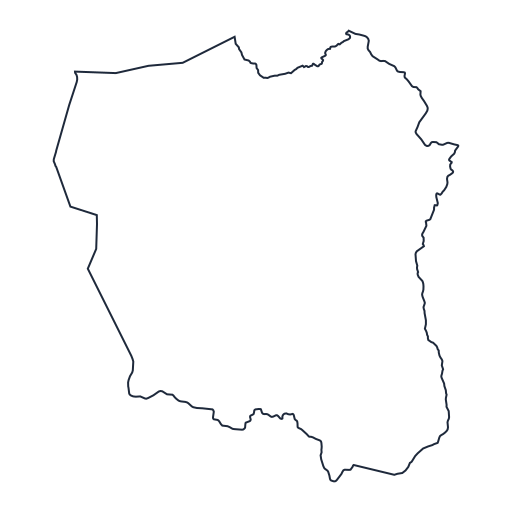 the district of Campamento, Olancho, Honduras
{"feature_id": "27666195B55126974743850", "entity_name": "Campamento", "entity_type": "district", "adm_level": 2, "iso_a3": "HND", "parent_name": "Honduras", "parent_adm1": "Olancho", "projection": "mercator", "projection_center": [-86.6, 14.484], "detail": "fine", "context": "isolated", "style": "outline", "palette": "slate", "viewbox_px": 512, "rotation_deg": 0, "n_neighbors": 0, "source": "geoboundaries", "source_scale": "gbopen_adm2", "svg_char_len": 5963}
<svg xmlns="http://www.w3.org/2000/svg" viewBox="0 0 512 512"><path d="M394.3,474.8L397.4,473.8L402.3,473.0L405.5,470.5L408.3,466.9L409.9,462.9L411.4,462.0L412.0,461.2L415.2,456.0L417.7,453.3L423.1,448.5L428.2,446.4L432.3,445.1L434.1,444.1L437.6,442.9L438.0,442.0L439.3,437.6L440.0,436.1L441.1,435.2L443.2,434.0L445.1,432.5L446.7,430.9L447.6,429.5L448.0,427.3L447.5,422.3L447.9,420.7L448.8,418.8L449.1,417.2L448.7,411.1L446.5,406.8L446.6,404.9L445.8,399.5L445.9,398.0L446.6,394.7L446.1,393.3L445.8,390.2L444.4,386.1L444.1,383.5L441.7,378.0L441.3,376.7L441.4,375.6L442.0,373.7L442.5,370.7L443.1,369.3L441.8,365.4L442.4,361.5L442.3,360.6L441.7,359.3L440.4,357.4L439.5,355.6L438.8,352.7L438.7,350.5L437.7,349.2L437.2,347.4L436.5,346.0L433.1,342.7L431.3,342.1L428.3,340.0L427.9,338.3L427.9,336.4L427.1,334.8L426.8,332.9L426.2,331.2L424.9,328.7L425.9,324.3L425.9,320.3L424.6,313.2L424.5,310.9L423.8,308.9L423.5,307.1L424.7,303.6L424.8,302.7L424.3,301.1L422.6,296.8L422.1,294.7L422.3,293.3L423.0,291.4L423.4,289.6L423.5,286.3L423.3,283.9L422.9,282.3L422.4,281.0L418.6,276.9L417.7,274.7L417.6,273.2L418.1,272.1L417.1,269.1L417.0,267.3L417.3,265.7L416.0,261.1L415.5,254.2L415.9,252.7L416.8,251.3L423.9,246.2L423.5,245.0L422.8,244.0L423.7,241.0L423.6,237.7L422.2,235.8L422.1,234.7L422.4,233.6L423.4,232.0L426.3,226.0L426.4,225.1L426.1,223.8L426.2,223.1L425.8,222.1L425.8,221.3L426.5,220.7L429.4,219.8L430.3,219.2L433.9,210.1L434.1,209.1L434.0,207.9L434.7,205.2L435.6,205.2L436.9,205.5L437.2,205.3L437.4,204.9L437.8,203.1L436.3,197.0L436.2,195.0L436.5,193.8L436.9,193.4L437.4,193.4L439.7,194.6L440.4,194.7L441.6,193.5L442.7,191.7L444.1,190.3L446.3,186.9L447.3,184.1L447.5,182.4L447.0,178.9L447.4,176.8L448.3,175.7L450.0,174.8L452.5,173.0L453.0,172.3L453.1,171.5L452.8,170.9L452.2,170.2L451.3,169.7L450.6,168.8L450.1,166.5L450.2,164.7L450.9,163.5L451.6,162.8L451.7,162.1L449.4,160.5L449.1,160.0L449.1,159.5L449.5,158.7L451.2,156.4L454.2,153.7L454.9,152.1L455.1,150.6L458.1,146.5L458.3,145.8L458.1,145.4L457.5,145.1L454.2,144.4L448.8,142.8L447.2,142.9L443.2,144.7L442.1,144.8L438.8,144.2L437.4,142.9L436.3,142.2L433.1,142.0L432.0,142.1L431.4,142.5L430.6,143.4L429.9,144.8L428.9,145.6L427.8,146.0L426.6,145.9L425.0,144.9L421.3,139.4L416.6,134.1L415.7,132.5L415.6,131.3L417.5,127.1L419.3,122.2L425.8,113.3L427.3,110.7L427.7,108.8L427.6,107.5L426.9,105.8L424.1,101.2L421.9,98.1L420.8,96.1L420.4,94.7L420.6,91.2L418.2,89.3L417.4,88.1L416.5,87.2L413.4,87.0L412.0,86.2L408.5,81.3L406.8,79.3L404.8,77.5L404.5,76.0L405.0,73.5L404.9,72.9L404.7,72.5L403.5,72.2L399.9,72.0L397.9,71.5L397.0,70.7L395.4,67.4L394.3,66.2L389.2,63.9L385.1,61.1L383.3,60.9L381.0,61.1L379.4,60.7L377.6,59.4L372.6,56.2L371.2,54.3L370.1,52.0L368.5,50.2L367.7,48.6L367.7,46.7L368.8,40.8L368.2,38.8L367.0,37.3L365.6,36.3L363.8,35.7L359.3,34.5L355.4,33.9L348.7,30.7L348.2,31.4L346.4,32.7L346.1,33.7L346.4,34.2L348.5,34.6L349.6,35.4L350.0,36.2L350.1,37.0L350.0,37.8L349.6,38.3L348.4,39.3L343.9,41.1L342.9,42.0L341.4,42.8L339.8,44.3L339.1,44.3L338.6,43.9L338.0,44.1L336.6,45.6L335.5,46.3L334.8,46.5L332.3,46.5L330.7,46.9L330.3,47.5L330.1,48.8L328.2,49.0L326.9,49.9L325.8,51.1L325.2,52.6L325.2,53.4L325.8,54.7L325.7,55.3L325.1,55.8L321.7,57.4L321.3,57.8L321.4,58.4L322.6,59.4L323.1,60.1L322.9,60.9L322.2,61.7L321.8,63.6L321.4,63.9L320.4,64.2L319.5,64.7L318.5,66.1L317.9,66.3L317.0,66.1L314.5,64.5L313.8,63.9L313.2,63.7L312.9,63.9L312.1,65.7L310.3,66.1L309.5,66.7L308.7,67.0L308.0,67.0L307.2,66.3L306.0,66.0L304.0,67.1L303.3,66.3L302.6,65.7L297.5,67.8L296.2,69.1L294.7,69.9L291.0,73.2L288.5,72.6L285.1,73.8L279.2,74.8L277.3,75.7L274.6,75.7L270.1,76.7L268.5,77.6L267.4,78.0L265.3,77.7L263.7,77.8L260.0,75.3L258.2,72.8L258.1,70.1L256.6,68.0L256.4,64.9L255.8,63.9L255.1,63.5L253.1,63.5L251.1,63.1L250.5,62.8L249.9,61.6L248.6,60.5L244.5,59.5L242.0,54.9L241.4,52.4L239.1,49.1L238.8,47.3L235.7,43.8L234.6,36.8L182.7,62.8L148.5,65.8L115.8,73.1L75.0,71.6L75.1,72.8L76.5,74.9L77.1,77.0L77.2,79.6L76.7,82.1L69.2,105.0L56.2,150.7L56.0,151.9L53.8,159.2L53.7,161.2L55.1,164.5L55.4,165.8L56.2,166.9L70.4,206.6L96.8,215.1L97.0,224.0L96.2,248.9L87.8,268.7L131.3,355.8L132.6,359.1L133.3,361.6L132.8,370.4L132.2,372.5L130.0,376.2L128.6,380.1L128.1,382.5L128.2,386.4L128.5,387.8L129.2,393.5L129.7,394.5L131.1,395.6L133.2,396.4L135.8,396.7L140.2,396.4L145.0,398.5L146.3,398.7L148.2,398.0L153.4,395.3L158.8,391.5L160.5,391.0L162.3,391.3L167.0,394.3L172.4,394.7L173.4,395.5L174.7,397.2L176.3,398.8L178.3,400.4L179.4,401.0L181.0,401.4L185.3,401.9L187.0,402.4L188.3,403.2L191.8,406.4L193.2,407.2L196.9,408.0L202.4,408.3L212.5,409.4L213.3,410.3L213.8,411.7L213.0,417.3L213.1,418.3L213.5,419.0L213.9,419.3L217.4,419.9L218.1,420.2L219.2,421.3L220.9,424.1L222.3,425.6L227.5,426.2L229.6,427.1L232.5,428.8L234.2,429.1L241.9,429.7L243.0,429.6L244.3,428.7L244.8,428.1L245.1,427.5L245.4,423.8L245.7,422.7L249.8,421.1L250.4,420.5L250.7,419.4L250.1,417.3L250.1,416.2L250.8,415.5L252.6,414.7L253.6,414.0L254.0,412.6L254.3,410.4L254.8,409.8L255.5,409.4L258.7,409.0L260.6,409.1L260.9,409.3L262.0,412.7L262.6,413.4L263.2,413.9L264.4,414.1L266.1,414.0L267.2,414.2L268.3,414.7L270.7,416.5L271.8,416.9L273.2,416.6L275.9,415.3L276.9,415.2L278.1,416.0L280.2,418.4L281.4,418.9L282.0,418.8L282.4,418.5L282.4,416.5L282.8,415.3L283.6,414.3L284.5,413.7L286.3,413.4L288.2,414.2L290.1,414.5L292.7,413.9L293.3,414.3L293.8,415.2L294.7,419.0L295.7,420.1L296.7,420.7L297.2,421.5L297.5,423.3L297.6,426.7L297.8,427.4L299.0,428.2L300.9,429.0L302.1,429.9L306.7,434.1L308.9,436.5L309.5,436.7L311.2,436.8L313.0,437.4L315.8,438.9L319.8,440.4L321.0,441.4L321.4,442.9L321.7,446.6L321.6,448.3L321.4,449.7L321.6,452.3L320.6,455.3L321.2,459.3L323.3,466.0L324.1,467.8L324.7,468.6L327.5,470.7L328.2,471.8L329.4,475.6L330.0,478.9L330.4,479.8L331.0,480.4L332.3,480.9L333.7,481.3L335.0,481.3L335.9,480.9L336.9,479.9L341.4,474.0L342.5,471.7L343.5,470.2L344.8,469.7L349.0,469.9L350.5,469.7L352.6,466.8L353.1,465.5L353.7,465.0L394.3,474.8Z" fill="none" stroke="#1e293b" stroke-width="2"/></svg>